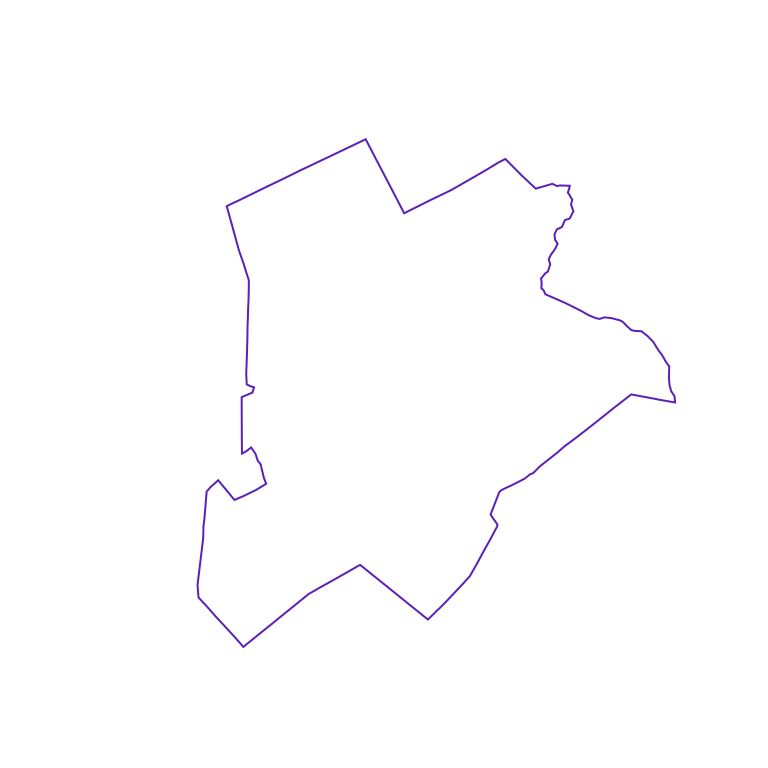 Bahati, Rift Valley, Kenya (orthographic projection), rotated 63°
{"feature_id": "3690345B12998672958499", "entity_name": "Bahati", "entity_type": "district", "adm_level": 2, "iso_a3": "KEN", "parent_name": "Kenya", "parent_adm1": "Rift Valley", "projection": "orthographic", "projection_center": [36.164, -0.224], "detail": "fine", "context": "isolated", "style": "outline", "palette": "violet", "viewbox_px": 768, "rotation_deg": 63, "n_neighbors": 0, "source": "geoboundaries", "source_scale": "gbopen_adm2", "svg_char_len": 2529}
<svg xmlns="http://www.w3.org/2000/svg" viewBox="0 0 768 768"><g transform="rotate(63 384 384)"><path d="M532.6,133.0L526.7,130.7L520.8,131.4L515.0,130.2L508.8,127.8L504.0,125.2L497.6,121.8L494.8,122.4L491.8,122.8L484.3,123.1L481.0,123.8L475.3,124.5L469.1,124.9L461.2,127.3L453.8,130.7L450.5,136.5L448.3,139.1L443.0,141.2L438.8,142.4L436.4,143.4L434.2,145.1L428.5,151.5L424.6,157.5L423.9,162.3L421.9,164.9L418.6,167.9L416.5,169.7L415.0,170.8L408.1,175.4L394.5,185.4L377.3,199.5L372.9,199.2L370.1,200.3L365.4,197.6L363.6,196.9L361.3,196.2L358.6,190.0L358.2,186.9L352.9,181.6L347.6,180.6L344.4,176.3L343.0,173.3L340.7,169.4L337.8,165.6L333.1,166.1L328.0,164.1L324.7,159.8L324.9,154.2L320.1,148.4L320.9,143.5L316.2,136.9L313.1,136.4L308.9,135.9L307.2,134.3L305.3,132.6L301.0,132.9L299.1,132.9L297.0,133.3L293.2,129.6L291.7,128.5L286.7,137.6L286.4,139.8L282.1,143.1L278.8,160.1L261.1,166.5L238.6,173.7L238.6,181.6L239.7,196.2L241.0,221.1L241.7,235.9L241.2,261.0L241.0,288.5L214.0,288.7L184.6,289.0L157.6,289.2L156.1,347.5L155.6,362.8L155.6,370.5L155.2,391.1L154.9,403.0L154.7,418.3L154.5,431.0L154.2,437.9L154.2,443.4L162.6,445.1L181.2,448.9L198.1,452.4L200.7,452.8L212.6,454.4L222.4,456.1L230.1,457.3L239.6,462.2L247.7,466.6L254.9,470.7L262.8,475.0L271.6,479.9L280.9,484.8L295.8,492.9L312.5,502.2L322.1,506.5L325.8,503.6L328.0,501.3L331.9,505.1L331.1,516.8L351.9,527.3L370.6,536.7L381.5,542.1L381.4,537.1L380.2,531.2L387.8,530.2L395.1,531.3L399.5,530.4L412.9,533.6L419.4,534.3L420.3,545.8L420.1,559.4L419.4,569.9L394.5,575.4L397.1,585.4L399.4,590.9L422.2,605.0L429.4,609.8L439.0,614.9L452.4,623.9L471.3,636.6L478.4,641.4L490.1,646.2L500.7,643.1L508.1,641.2L514.8,639.5L526.7,636.1L537.7,633.0L547.5,630.4L554.4,628.7L552.8,621.3L549.6,606.2L546.6,591.7L543.5,577.6L540.4,562.7L536.9,546.5L536.3,534.5L535.8,521.0L535.5,513.6L534.6,494.0L534.4,490.5L534.3,487.4L548.2,481.2L568.4,472.1L587.9,463.4L608.2,454.3L611.1,453.0L613.8,451.7L609.7,439.0L609.2,436.8L607.8,432.4L603.0,418.8L600.6,412.1L597.2,402.6L596.5,400.9L594.3,395.0L592.7,392.5L591.1,390.0L585.3,381.3L583.6,378.9L582.1,376.8L578.7,371.7L577.3,369.8L575.4,366.9L571.4,360.9L566.7,354.2L562.5,348.1L560.7,346.7L551.8,348.0L548.7,348.3L534.1,332.0L532.5,330.0L531.9,327.4L531.9,323.7L532.2,316.6L532.2,302.8L532.1,301.0L531.6,298.9L530.8,294.9L531.1,291.7L530.3,288.8L528.9,284.9L528.4,283.1L527.9,281.3L523.6,259.8L521.6,252.1L519.0,236.8L514.5,213.6L509.8,190.7L505.5,168.5L521.4,147.8L522.9,146.0L532.6,133.0Z" fill="none" stroke="#5b21b6" stroke-width="2"/></g></svg>